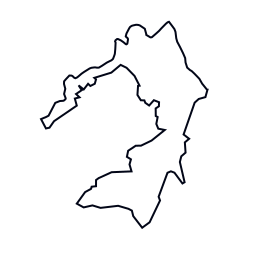 Debar, Debar, North Macedonia (orthographic projection), rotated 81°
{"feature_id": "65306769B94389460478239", "entity_name": "Debar", "entity_type": "district", "adm_level": 2, "iso_a3": "MKD", "parent_name": "North Macedonia", "parent_adm1": "Debar", "projection": "orthographic", "projection_center": [20.543, 41.495], "detail": "fine", "context": "isolated", "style": "outline", "palette": "ink", "viewbox_px": 256, "rotation_deg": 81, "n_neighbors": 0, "source": "geoboundaries", "source_scale": "gbopen_adm2", "svg_char_len": 2186}
<svg xmlns="http://www.w3.org/2000/svg" viewBox="0 0 256 256"><g transform="rotate(81 128 128)"><path d="M228.7,129.6L224.5,121.4L204.6,107.7L200.7,108.5L178.4,96.0L177.5,92.4L179.4,89.1L191.3,82.9L190.4,80.6L169.7,82.1L164.3,79.8L161.3,75.0L151.1,74.1L148.2,69.3L143.1,74.1L113.4,58.2L110.4,53.6L109.6,46.7L102.6,43.5L102.5,44.0L96.7,47.3L95.9,47.8L90.6,49.8L87.4,52.0L84.7,53.9L81.7,56.2L80.5,57.7L77.6,60.1L72.3,60.9L67.9,60.6L62.8,61.9L56.3,63.9L50.5,65.9L46.9,66.3L41.5,66.1L40.3,66.1L39.4,66.3L37.5,66.7L34.2,68.4L29.5,70.9L29.7,72.0L30.0,72.7L30.9,74.2L34.9,79.6L37.0,82.2L39.2,85.6L42.0,90.1L42.1,91.2L41.9,91.8L38.9,95.4L37.8,95.3L32.6,95.9L28.6,100.2L27.9,101.5L27.6,102.5L27.3,103.9L27.4,105.5L27.5,107.1L27.7,108.4L28.5,110.1L29.8,111.3L34.4,114.7L37.1,115.9L38.2,115.3L38.7,114.6L40.0,114.1L40.7,114.2L44.1,115.3L44.7,115.6L45.1,116.6L44.8,117.1L42.5,119.1L40.3,121.4L38.6,123.9L38.4,124.8L39.4,126.6L40.4,127.2L41.8,126.9L48.0,128.2L52.7,129.4L54.1,130.1L56.4,131.4L57.4,132.0L57.8,132.6L58.1,133.0L58.6,133.9L58.9,135.0L60.1,138.7L62.5,144.0L63.8,147.3L63.7,148.5L63.5,149.4L63.3,150.0L63.1,150.6L62.9,151.6L62.8,154.7L63.2,156.6L65.7,162.5L67.1,165.4L69.4,169.1L70.2,170.6L70.6,172.2L69.9,173.3L68.0,174.7L67.4,175.6L67.0,177.7L70.1,181.7L71.9,183.8L73.8,184.2L74.6,184.3L79.5,183.8L81.9,184.8L84.4,185.8L88.9,184.9L89.8,185.3L90.9,187.1L91.0,187.8L90.7,191.1L91.8,195.9L103.4,204.5L103.7,205.3L104.5,207.8L104.7,208.8L105.6,212.5L115.6,209.1L115.4,205.5L109.7,200.0L97.9,175.1L90.6,175.9L90.1,171.1L86.3,174.0L83.4,167.8L78.2,170.1L83.0,165.7L78.1,160.5L80.6,158.6L79.1,153.9L75.0,152.0L73.2,153.4L70.7,135.8L64.5,125.4L68.3,120.0L77.6,113.4L88.0,110.0L88.0,111.5L96.8,113.5L102.6,111.0L103.3,107.5L105.8,107.0L109.1,103.6L104.6,98.1L107.4,93.3L111.4,94.1L113.0,97.6L120.5,98.7L121.8,97.0L128.4,99.4L133.4,98.2L135.7,92.0L144.1,106.7L147.5,118.0L146.7,123.1L150.5,131.4L156.3,133.6L159.4,130.0L164.2,132.2L171.4,131.3L169.1,151.1L172.9,164.8L174.4,167.7L180.5,168.7L180.3,173.1L182.3,174.0L184.6,180.4L194.7,190.4L199.5,184.2L198.9,175.2L202.6,167.6L203.3,149.9L207.9,140.2L210.2,137.1L215.9,136.6L228.7,129.6Z" fill="none" stroke="#020617" stroke-width="2"/></g></svg>